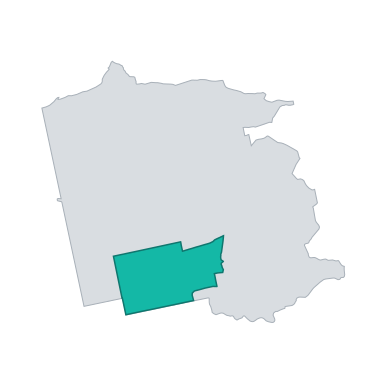 Al Malha, North Darfur, Sudan shown in context, rotated 258°
{"feature_id": "16777658B62126851922243", "entity_name": "Al Malha", "entity_type": "district", "adm_level": 2, "iso_a3": "SDN", "parent_name": "Sudan", "parent_adm1": "North Darfur", "projection": "robinson", "projection_center": [26.533, 17.176], "detail": "fine", "context": "in_parent", "style": "filled", "palette": "teal", "viewbox_px": 384, "rotation_deg": 258, "n_neighbors": 0, "source": "geoboundaries", "source_scale": "gbopen_adm2", "svg_char_len": 5382}
<svg xmlns="http://www.w3.org/2000/svg" viewBox="0 0 384 384"><g transform="rotate(258 192 192)"><path d="M259.9,309.8L256.7,309.8L256.4,308.9L256.4,306.5L256.7,304.7L257.9,301.9L257.6,300.3L257.8,298.1L256.9,295.6L249.1,288.3L247.6,286.3L243.4,284.5L244.1,282.4L242.3,267.5L243.1,265.8L243.3,263.2L243.3,260.9L244.3,257.1L244.4,255.4L236.1,255.3L236.0,257.0L236.4,258.8L236.4,259.5L224.9,259.6L229.5,265.4L229.7,268.0L229.5,271.2L229.6,273.3L229.9,274.6L231.1,277.2L231.0,277.7L230.7,278.3L222.6,286.1L221.3,289.7L220.2,291.6L217.8,294.8L210.4,303.1L209.2,303.7L203.5,304.0L203.0,304.2L202.5,304.6L202.3,304.5L197.4,299.6L189.2,293.7L183.8,296.8L182.3,297.9L182.3,300.7L181.5,302.2L180.0,303.7L176.0,304.7L174.0,305.6L171.5,307.2L169.1,309.8L168.9,311.2L169.1,312.5L155.3,312.4L154.4,311.4L152.4,307.0L151.0,307.3L138.4,306.8L136.6,307.3L133.0,309.1L131.2,309.4L129.4,308.5L122.7,299.9L121.3,298.8L119.8,296.7L118.4,295.8L117.9,295.2L117.8,294.3L117.8,292.4L117.3,291.2L116.3,290.9L107.4,292.9L106.1,292.7L104.3,293.0L103.6,293.4L102.9,294.5L102.7,296.9L102.5,298.1L101.8,299.4L99.3,302.3L98.7,303.6L98.8,306.9L98.7,308.5L98.3,309.3L97.2,310.5L96.8,311.2L96.3,315.4L94.9,317.9L94.6,318.8L94.5,320.6L94.3,321.1L90.3,322.6L88.8,323.5L87.9,324.9L87.6,325.5L85.9,325.0L83.7,324.6L79.5,324.2L77.8,323.5L77.0,322.5L77.3,320.0L76.9,319.5L76.2,319.0L75.8,317.9L75.9,316.6L78.1,313.7L78.5,312.2L79.1,304.9L79.0,302.7L77.2,298.6L73.2,291.5L72.2,290.1L67.2,284.4L66.6,283.5L65.4,281.0L66.8,275.7L66.9,274.2L66.5,272.7L65.2,271.5L64.1,271.4L62.6,269.9L61.7,269.3L60.8,268.0L60.2,266.2L60.6,259.9L60.4,259.1L59.1,258.8L58.8,258.4L58.8,257.2L58.2,253.6L57.4,250.6L57.8,249.0L56.7,246.7L54.7,245.7L50.7,246.5L49.4,246.4L48.5,245.9L47.9,245.1L47.6,244.1L47.9,242.7L49.1,240.0L50.5,237.8L53.4,235.8L54.2,234.7L54.7,233.5L54.7,232.1L54.5,230.7L54.2,229.4L53.4,227.7L52.6,225.6L52.6,224.2L53.0,223.2L53.7,222.0L56.6,219.7L59.6,217.8L60.1,217.1L59.9,216.3L58.5,214.7L58.1,211.6L57.4,209.4L58.9,207.8L60.0,207.2L61.7,206.7L62.4,206.0L62.6,204.7L62.6,203.5L63.2,202.6L64.0,200.6L64.7,199.7L66.9,197.4L67.5,195.9L67.6,194.4L67.0,190.0L68.3,188.2L70.0,186.7L72.4,186.8L76.1,186.5L78.6,185.8L80.4,185.9L84.5,186.7L84.9,186.3L85.1,185.2L85.4,102.0L102.2,102.0L102.5,101.9L102.6,62.6L208.8,62.6L209.6,62.4L211.3,58.8L212.0,58.5L213.1,58.7L213.5,59.6L212.6,62.6L305.3,62.6L305.6,67.1L306.4,70.7L309.1,75.8L311.4,78.6L312.2,80.1L312.3,80.8L312.2,81.4L311.5,80.7L310.4,80.2L310.2,82.6L310.9,87.5L311.9,91.0L311.2,94.2L311.4,99.6L312.7,106.0L312.5,110.2L314.6,119.9L316.6,125.2L317.6,126.5L318.8,127.2L321.0,127.7L324.4,130.4L327.0,133.3L328.0,134.8L329.3,136.5L330.1,136.2L330.7,135.7L331.5,137.1L335.7,140.0L336.4,141.3L334.9,142.6L333.2,144.9L332.4,147.0L332.0,147.6L330.6,148.9L330.4,149.6L329.8,150.0L329.2,150.0L327.7,150.7L326.5,150.5L325.2,150.9L324.7,151.4L323.7,151.8L322.3,152.1L320.2,153.8L318.3,154.7L317.7,155.4L316.8,159.0L316.1,159.9L313.3,160.0L311.9,160.3L310.1,159.9L309.2,160.0L308.9,160.7L308.6,163.7L308.7,165.0L307.2,168.5L307.7,175.0L306.3,179.8L306.1,181.0L304.6,184.8L303.8,186.2L302.0,193.4L301.3,195.6L299.7,198.0L301.5,215.2L300.2,220.5L300.3,223.4L299.3,227.7L298.6,229.6L297.3,232.0L296.3,234.7L295.4,238.2L294.9,244.8L294.6,245.4L289.6,246.2L288.1,246.7L287.1,247.4L285.8,249.1L283.3,253.8L282.0,256.7L279.9,260.6L277.5,263.4L277.0,264.7L276.7,267.2L275.8,271.2L275.0,274.0L275.2,276.3L274.4,280.2L274.6,282.1L273.7,283.2L272.6,284.2L271.8,284.5L268.3,281.8L265.9,283.6L264.4,286.2L263.2,288.8L264.0,294.2L263.9,295.4L263.6,296.7L261.3,302.1L260.6,304.5L260.0,308.8L259.9,309.8Z" fill="#d9dde1" stroke="#a8b0b8" stroke-width="1"/><path d="M145.5,127.3L145.5,107.4L145.5,101.8L102.9,101.5L102.9,101.8L85.7,101.8L85.7,109.7L85.7,110.5L85.7,120.2L85.6,128.5L85.6,140.4L85.5,164.7L85.5,165.8L85.5,171.0L91.1,170.7L93.1,171.3L94.7,173.8L94.9,178.8L95.0,180.6L95.3,184.9L95.3,185.0L95.3,189.2L95.3,191.1L95.3,191.9L95.3,192.9L95.0,194.1L94.8,194.8L94.6,195.9L94.5,196.2L94.4,196.7L94.5,196.8L97.2,196.8L97.8,196.8L100.4,196.8L104.4,196.9L107.5,196.9L107.5,197.0L107.5,200.4L106.9,205.3L108.4,206.0L109.5,206.5L111.7,205.9L113.8,205.8L115.5,205.5L116.4,206.0L116.8,206.8L117.5,208.1L117.9,208.0L118.6,207.3L119.4,206.5L119.9,206.4L120.9,206.3L122.6,206.5L123.6,206.9L125.2,207.2L126.9,208.3L137.5,212.1L140.6,213.1L142.0,213.5L142.7,213.7L142.6,213.1L142.5,212.8L142.4,212.4L142.3,212.2L142.2,211.7L142.1,211.0L142.0,210.7L141.8,210.1L141.7,209.6L141.6,208.9L141.5,208.6L141.3,207.8L141.3,207.6L141.2,207.4L141.2,207.2L141.1,206.8L141.1,206.7L141.0,206.4L140.8,205.7L140.7,205.1L140.6,204.7L140.5,204.4L140.4,204.2L140.2,203.8L140.1,203.7L139.9,203.5L139.8,203.3L139.8,203.2L139.7,203.0L139.6,202.9L139.4,202.6L139.2,202.3L139.2,202.2L139.1,201.9L139.0,201.7L138.9,201.1L138.8,200.7L138.7,200.5L138.6,200.0L138.4,199.3L138.3,199.1L138.3,198.8L138.3,198.6L138.3,198.4L138.2,198.1L138.2,197.9L138.2,197.7L138.1,196.8L137.9,193.4L137.4,187.3L137.3,185.2L137.2,184.0L136.8,179.8L136.6,176.6L136.5,176.1L136.4,174.5L136.3,173.4L136.3,173.1L136.2,172.7L136.2,172.2L136.2,171.8L136.1,171.3L136.1,171.2L136.1,170.9L136.1,170.7L136.1,170.4L136.3,170.4L136.5,170.4L137.1,170.4L138.1,170.4L138.5,170.4L138.8,170.4L139.8,170.4L140.9,170.4L141.5,170.4L142.0,170.4L142.7,170.4L144.1,170.5L144.5,170.5L145.6,170.5L145.6,170.4L145.5,127.3Z" fill="#14b8a6" stroke="#0f766e" stroke-width="1.5"/></g></svg>